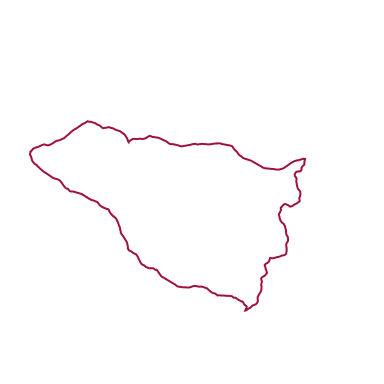 Santa Ana, San José, Costa Rica, rotated 144°
{"feature_id": "36466004B14800778897380", "entity_name": "Santa Ana", "entity_type": "district", "adm_level": 2, "iso_a3": "CRI", "parent_name": "Costa Rica", "parent_adm1": "San José", "projection": "mercator", "projection_center": [-84.193, 9.918], "detail": "fine", "context": "isolated", "style": "outline", "palette": "rose", "viewbox_px": 384, "rotation_deg": 144, "n_neighbors": 0, "source": "geoboundaries", "source_scale": "gbopen_adm2", "svg_char_len": 5975}
<svg xmlns="http://www.w3.org/2000/svg" viewBox="0 0 384 384"><g transform="rotate(144 192 192)"><path d="M218.6,64.8L217.8,64.4L215.1,64.5L212.6,64.0L209.9,64.6L206.8,63.7L204.6,63.9L202.8,65.0L201.6,67.1L200.4,68.6L194.5,71.2L192.4,73.1L191.3,74.7L190.9,75.8L188.9,77.8L187.9,78.6L187.6,80.0L187.1,81.0L186.7,81.5L185.9,81.8L182.1,81.6L181.2,81.7L178.9,82.4L178.6,83.4L177.8,85.4L177.5,86.8L176.6,88.6L176.4,89.9L176.3,90.1L175.4,90.4L174.2,90.6L172.9,90.3L171.7,90.3L170.7,90.5L169.2,91.4L168.9,91.9L167.6,92.7L167.0,92.2L166.0,91.1L164.0,90.1L163.3,90.0L162.4,89.6L161.1,89.2L160.3,88.7L158.6,88.1L156.6,87.8L154.8,86.7L153.9,86.6L152.4,86.6L152.2,86.7L150.4,88.3L149.5,89.5L148.3,91.2L147.9,92.3L146.5,94.3L145.0,95.3L143.9,95.6L143.2,95.9L142.0,97.3L141.2,98.7L140.9,99.4L140.8,101.5L140.5,102.4L139.5,104.3L138.6,105.5L136.8,110.0L136.8,111.1L136.6,111.8L136.6,112.5L137.2,114.4L137.1,117.5L136.7,118.2L136.5,119.4L135.8,120.5L135.5,121.2L135.2,122.3L134.7,123.1L134.2,123.4L133.8,123.4L133.0,123.7L130.4,125.3L129.8,126.7L129.5,127.1L128.6,127.3L127.6,127.3L127.2,127.5L126.1,127.8L124.7,127.9L123.9,127.7L123.4,127.2L121.9,124.7L121.7,123.9L121.5,122.8L121.0,122.3L118.9,121.7L116.0,121.6L114.2,121.2L111.0,121.2L110.1,121.4L109.6,122.6L108.8,123.9L108.3,124.4L107.4,124.8L106.2,125.9L105.2,127.0L104.2,128.9L104.2,130.1L104.3,130.8L104.4,132.5L104.0,133.6L103.0,136.2L102.2,137.5L101.6,138.9L101.0,139.8L100.2,140.5L99.4,141.8L99.3,143.3L99.4,144.4L98.6,145.9L96.5,146.9L95.4,146.9L94.6,146.4L93.7,146.1L92.9,145.5L92.6,145.1L91.0,145.2L90.3,145.7L89.9,146.2L89.6,146.9L88.6,147.5L87.4,147.9L85.6,148.0L85.1,148.1L82.8,150.9L81.4,152.0L81.1,152.3L81.5,152.8L82.6,153.4L82.8,153.7L85.0,154.3L85.6,154.7L86.8,155.0L88.8,155.9L88.8,156.0L90.8,156.7L91.9,156.9L94.1,157.2L104.1,157.4L107.2,158.5L108.4,159.0L110.9,160.9L113.0,163.1L114.6,164.3L116.1,165.9L116.9,166.4L119.3,168.6L120.5,170.5L121.3,172.8L121.9,173.9L125.7,182.5L130.5,189.1L131.3,192.2L132.0,193.8L132.1,194.5L132.2,199.0L132.3,199.2L132.3,199.7L132.5,200.0L132.5,200.8L132.7,201.0L132.6,205.4L134.2,207.6L139.9,213.6L139.9,213.8L140.5,214.6L141.7,215.7L143.0,216.3L143.6,217.0L143.9,217.0L145.0,217.8L148.2,219.3L148.5,219.6L149.0,219.7L151.6,221.5L152.2,222.2L153.6,223.3L155.5,225.0L158.4,226.6L159.5,227.0L160.9,228.9L161.9,229.6L163.1,230.2L163.3,230.2L163.4,230.4L165.0,230.9L168.7,232.6L169.1,232.9L170.4,233.4L171.2,233.9L172.2,234.3L172.6,234.6L173.2,234.8L173.5,235.1L174.0,235.4L174.9,236.4L175.7,237.8L176.7,239.0L177.2,239.5L177.5,240.0L178.5,240.9L179.1,241.8L180.8,243.0L181.5,243.7L182.1,244.9L182.4,245.9L182.4,246.4L182.9,247.3L183.2,248.6L183.9,249.5L186.5,254.3L188.0,256.5L188.9,257.1L189.9,258.3L191.6,259.6L192.9,262.1L195.1,262.7L197.5,262.6L200.2,263.6L200.9,264.0L202.0,265.0L202.2,265.3L203.2,266.0L205.5,267.2L207.4,268.9L208.7,269.7L210.8,269.9L213.7,269.9L213.9,269.7L213.9,270.9L213.2,272.2L213.2,273.1L212.9,273.9L212.9,275.8L212.8,276.2L212.7,277.5L212.8,278.3L214.5,283.5L215.1,284.4L216.7,286.4L217.1,287.4L217.7,288.0L218.1,289.2L218.6,290.1L219.8,291.4L221.1,293.3L221.5,293.6L223.5,294.3L225.1,295.3L226.4,295.8L226.9,297.0L227.6,300.2L228.8,301.8L229.9,304.7L231.2,306.3L232.5,308.2L234.1,309.5L234.5,310.0L234.8,310.6L237.5,310.7L240.6,311.3L244.2,311.3L244.6,311.4L247.0,311.3L251.3,311.8L255.4,311.6L257.5,311.2L260.3,311.1L263.6,310.7L268.0,311.6L269.5,312.0L271.5,313.0L272.3,313.2L276.8,313.3L280.4,314.0L282.0,315.2L282.9,316.7L284.0,317.6L286.6,318.3L290.3,319.0L291.4,319.5L293.8,320.2L295.4,320.3L296.1,320.0L296.5,320.0L297.0,319.8L299.1,319.6L299.5,318.8L301.2,317.6L301.2,316.2L301.3,316.1L301.4,315.1L302.8,311.6L302.9,310.8L302.9,308.3L302.8,308.2L302.8,307.5L301.8,305.2L301.8,303.3L301.6,303.0L300.9,298.9L300.0,295.5L298.5,291.8L297.8,289.7L297.3,288.6L297.3,288.2L297.0,287.7L296.5,285.8L295.3,283.8L293.3,281.3L292.7,280.3L292.2,279.0L292.0,278.0L292.1,271.6L291.8,269.3L291.5,268.7L291.1,268.0L290.5,267.4L290.4,264.7L290.2,264.2L289.4,263.4L287.8,262.2L282.1,254.8L282.1,254.2L281.8,253.6L281.8,253.3L281.4,252.9L280.8,250.8L280.4,250.5L280.3,249.9L280.1,249.7L280.1,249.1L279.8,248.9L279.6,248.0L279.3,247.5L279.1,246.6L278.9,246.4L278.7,245.8L278.5,245.7L278.5,245.3L278.1,245.0L277.7,244.2L276.5,242.8L275.9,241.7L275.4,241.1L275.2,240.5L274.5,239.5L274.4,238.9L274.4,235.3L273.7,233.2L273.4,232.7L273.3,232.4L272.9,231.9L272.9,231.6L272.4,230.8L272.4,230.5L271.9,230.1L271.3,228.9L271.1,228.8L270.6,228.0L270.1,227.6L269.8,226.7L269.8,226.1L270.3,225.0L270.4,222.5L270.3,221.8L270.3,220.5L270.1,220.4L270.0,218.6L269.8,218.4L269.8,218.1L269.6,217.9L269.6,217.6L269.5,217.3L269.4,216.7L269.1,216.2L269.1,214.2L269.3,213.7L269.3,213.0L269.5,212.9L269.5,211.9L269.9,210.4L270.4,209.0L270.6,208.1L270.8,207.8L270.8,206.9L271.1,206.4L271.2,205.8L271.7,204.6L272.4,203.5L272.8,202.0L273.5,201.1L273.7,200.2L273.7,196.2L274.2,189.9L274.3,189.4L274.9,187.7L275.5,186.8L276.0,185.4L276.9,184.3L276.9,184.1L277.1,184.0L277.1,183.2L277.3,182.8L277.2,181.5L276.8,180.7L276.2,180.0L276.2,179.8L276.0,179.5L275.8,178.4L275.3,177.0L274.6,175.7L273.9,174.6L273.9,171.7L274.4,169.2L274.5,168.7L274.7,167.5L274.9,166.1L275.1,165.5L275.1,163.0L274.7,162.0L274.0,161.1L273.7,160.2L273.4,158.4L273.1,157.9L272.5,157.3L272.1,156.3L271.1,155.1L270.4,154.8L270.0,154.4L268.4,153.3L268.1,152.9L267.8,152.0L267.6,151.0L267.1,150.3L266.4,150.0L266.3,149.8L266.4,141.9L260.0,126.9L259.6,125.0L259.1,124.1L257.9,122.6L257.4,122.4L256.7,121.7L256.1,120.9L255.3,120.2L252.8,118.3L251.2,116.9L250.2,116.3L249.1,116.0L248.9,115.8L246.2,115.1L245.8,114.9L245.1,114.5L243.4,112.9L242.0,111.3L240.0,110.0L236.6,105.5L235.4,100.0L234.3,97.7L233.0,96.3L232.0,93.1L231.5,93.0L230.8,92.5L228.4,90.4L227.8,90.1L225.9,88.5L224.9,87.5L222.7,85.9L221.2,84.5L220.9,84.1L220.6,82.3L220.4,82.0L219.4,81.4L219.0,80.9L217.7,77.4L216.4,74.4L215.5,73.7L215.5,72.1L215.8,71.1L215.8,70.0L215.2,68.3L215.2,67.0L216.1,66.2L218.6,64.8Z" fill="none" stroke="#9f1239" stroke-width="2"/></g></svg>